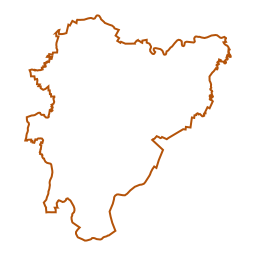 outline of Jamapa, Veracruz, Mexico
{"feature_id": "50627088B37468936058188", "entity_name": "Jamapa", "entity_type": "district", "adm_level": 2, "iso_a3": "MEX", "parent_name": "Mexico", "parent_adm1": "Veracruz", "projection": "orthographic", "projection_center": [-96.25, 18.99], "detail": "fine", "context": "isolated", "style": "outline", "palette": "amber", "viewbox_px": 256, "rotation_deg": 0, "n_neighbors": 0, "source": "geoboundaries", "source_scale": "gbopen_adm2", "svg_char_len": 5571}
<svg xmlns="http://www.w3.org/2000/svg" viewBox="0 0 256 256"><path d="M100.2,239.5L101.6,239.1L103.3,237.4L104.1,237.0L106.7,236.3L107.6,235.6L108.7,235.5L115.4,230.8L112.3,222.9L110.6,216.6L109.6,211.5L112.8,203.8L114.0,199.2L114.2,197.2L115.2,195.6L116.9,194.5L118.2,194.4L122.7,195.2L124.9,195.3L127.2,193.7L130.3,190.4L134.8,186.8L139.7,184.8L141.6,184.6L143.8,183.8L145.1,182.4L149.1,176.2L150.0,174.6L151.0,171.9L152.4,169.2L154.2,166.5L156.4,167.9L158.8,160.1L163.0,149.9L152.2,139.9L153.0,139.2L154.4,138.8L156.7,136.2L159.0,137.2L159.8,137.8L160.5,138.1L161.5,137.7L162.0,137.0L166.8,139.2L168.2,138.1L183.2,129.2L185.6,129.5L185.9,126.9L190.5,127.5L191.9,117.5L194.2,117.9L194.5,115.3L196.2,115.1L196.3,114.1L197.5,113.3L197.9,113.4L198.6,114.4L199.9,114.0L202.3,116.3L203.6,116.1L204.2,115.7L203.8,114.4L204.1,113.6L205.5,113.5L205.6,113.1L204.9,112.6L207.5,107.2L209.6,108.3L212.8,101.3L211.7,100.3L211.5,99.7L210.6,99.9L209.8,99.4L209.8,99.1L210.8,98.7L210.0,97.2L209.7,96.4L209.8,95.5L210.8,95.1L211.3,95.3L211.0,97.0L211.7,97.5L212.5,97.2L212.9,96.5L211.9,94.5L211.6,92.1L212.2,91.4L211.9,90.7L210.4,89.6L210.3,89.0L211.3,87.8L210.9,86.7L211.1,84.5L210.6,82.8L209.6,80.6L209.5,76.5L212.3,72.6L213.8,71.2L216.0,68.2L216.4,68.5L216.7,69.2L217.1,69.4L217.3,69.2L217.7,67.9L217.2,65.9L216.6,65.5L216.7,64.7L218.3,64.6L218.9,64.1L217.4,62.3L218.0,61.7L218.6,62.0L219.3,61.5L219.0,60.4L219.1,59.5L220.8,60.1L221.0,61.4L223.4,61.7L224.5,63.3L225.2,63.4L226.0,62.7L226.0,62.1L224.8,61.0L225.7,59.8L226.2,59.4L227.0,59.7L227.6,59.3L227.7,58.8L227.5,58.2L226.5,57.5L227.0,56.3L227.9,56.5L228.2,56.1L228.0,55.5L227.3,55.1L227.6,54.6L228.3,54.6L228.6,54.8L228.8,55.4L230.0,57.0L230.7,56.8L230.7,56.1L230.0,54.7L228.8,53.4L229.0,52.1L228.9,52.0L228.3,51.9L228.5,50.0L229.4,49.9L229.7,49.6L229.5,49.2L228.6,48.7L228.7,47.8L228.6,47.5L227.3,45.7L226.3,45.3L225.0,44.4L224.0,43.3L223.5,42.3L226.0,41.9L225.9,41.7L225.2,41.8L225.3,39.0L226.0,38.5L226.0,38.1L224.3,36.9L221.6,37.9L220.8,37.8L220.3,37.7L217.2,35.3L215.6,35.0L211.5,35.5L207.3,37.3L204.6,38.0L201.6,37.5L199.5,36.8L198.5,36.9L196.3,36.5L195.5,36.6L194.6,37.5L194.2,38.7L194.8,41.5L194.3,42.2L193.6,42.5L186.7,41.7L185.5,42.1L184.8,42.7L184.2,45.6L183.4,46.1L182.4,45.8L181.9,44.7L181.7,41.3L180.2,40.1L178.5,39.8L177.1,40.5L174.5,43.4L172.1,46.5L170.5,47.6L169.8,48.5L168.2,50.5L166.6,51.4L166.1,53.8L165.6,54.5L164.6,54.7L163.9,54.4L162.5,50.9L161.4,49.8L160.3,49.1L155.7,48.1L154.2,48.3L153.8,48.8L153.7,49.9L154.2,50.9L155.2,52.0L154.6,53.1L154.1,53.8L153.5,54.0L152.8,53.9L152.0,53.4L150.3,51.3L150.1,49.5L151.0,47.3L151.0,46.5L149.5,43.7L146.7,42.6L146.7,39.8L142.4,40.6L142.2,42.8L141.1,42.3L139.3,40.9L138.0,40.7L137.9,40.1L136.6,40.8L134.5,43.4L134.6,43.6L125.4,43.7L121.0,41.8L120.4,42.8L117.3,40.9L119.1,38.1L115.6,35.6L118.8,29.9L114.5,28.4L113.9,27.1L112.1,25.6L109.3,24.7L104.8,22.9L104.0,21.9L101.3,19.5L100.9,19.0L100.6,18.0L99.3,16.0L98.7,15.6L97.1,15.4L96.2,16.1L94.9,18.3L93.7,18.8L93.1,18.7L91.3,18.0L90.4,18.0L88.2,18.4L84.1,19.7L79.5,19.9L77.2,19.8L76.8,20.6L76.5,23.1L72.4,20.9L69.9,25.5L68.4,24.7L66.4,33.1L63.9,33.8L61.8,34.1L59.1,34.0L58.7,32.0L59.3,30.0L58.5,30.2L55.8,33.0L56.2,32.9L56.3,36.3L58.5,36.5L56.5,42.8L56.3,45.0L56.6,47.0L56.4,47.8L56.6,48.4L57.3,49.8L57.1,52.5L53.0,52.6L52.5,54.7L49.2,54.1L49.0,55.7L47.6,55.8L47.0,56.9L52.1,56.9L51.6,58.9L49.5,58.8L49.2,61.5L49.0,62.0L47.6,61.4L46.8,61.8L47.3,62.4L47.0,62.6L46.4,62.9L44.4,63.0L44.3,63.5L44.6,64.8L45.4,64.9L45.7,66.5L44.8,66.9L43.2,66.4L43.0,67.6L41.8,67.7L41.9,68.9L42.4,69.5L40.6,70.1L38.5,70.2L37.7,70.5L35.1,69.9L35.1,70.4L34.7,70.4L33.9,70.0L31.9,69.5L29.6,70.2L30.6,72.7L31.0,76.3L34.4,76.3L34.9,79.5L37.1,79.0L37.4,80.1L37.0,84.2L39.7,84.5L38.5,86.2L40.7,86.4L40.7,88.2L43.2,89.8L45.5,88.9L48.4,86.4L48.5,90.4L49.7,90.4L49.9,94.1L51.0,94.1L51.1,96.6L54.3,96.5L54.4,97.1L53.4,98.7L54.2,101.9L53.5,103.7L51.5,104.8L52.4,106.0L51.5,106.7L52.6,107.8L51.2,109.1L52.4,110.1L52.5,110.5L51.5,111.3L50.3,110.5L50.0,111.0L49.7,110.7L49.2,113.8L48.5,115.9L48.8,116.4L48.6,117.1L47.8,117.6L46.0,117.5L44.3,115.9L44.2,115.0L43.9,114.8L41.6,114.9L41.1,114.6L40.4,113.7L40.1,112.9L39.2,112.7L38.1,113.0L34.9,115.0L33.8,115.3L31.6,115.5L26.8,117.2L26.9,119.6L27.3,121.6L28.7,122.9L29.0,124.4L27.8,128.0L27.9,130.6L27.4,132.4L26.8,133.7L26.3,136.2L26.4,136.9L25.3,140.5L27.1,140.6L27.4,139.8L31.2,139.6L31.2,141.4L32.4,141.0L32.5,142.5L34.3,142.8L35.4,139.4L36.9,139.9L37.4,138.9L38.1,138.5L40.8,138.4L42.0,138.6L43.1,140.2L42.4,142.9L41.2,142.3L40.7,143.7L40.1,144.4L40.2,145.0L41.3,145.4L40.8,149.2L40.5,149.3L40.2,151.4L40.0,151.5L39.8,152.2L40.2,152.4L40.0,153.9L42.0,154.4L42.2,154.8L42.0,155.1L42.4,155.4L42.2,156.1L42.4,157.2L43.1,158.3L44.1,158.6L44.2,159.4L45.4,161.7L47.1,162.9L50.5,163.7L51.0,164.2L51.3,164.9L52.3,170.7L52.4,172.5L51.7,176.7L50.1,180.2L49.7,181.8L49.6,182.9L49.9,185.0L49.3,188.9L48.4,191.6L48.4,193.2L48.1,194.4L46.9,197.3L46.3,199.7L43.8,202.6L45.3,206.3L46.1,207.5L46.0,208.2L46.4,212.4L47.8,212.2L55.7,212.3L55.7,209.7L54.8,207.7L57.4,207.6L57.0,207.2L57.2,206.3L56.9,205.2L56.7,203.2L58.1,200.9L58.9,200.7L58.9,200.4L59.6,200.5L62.7,202.0L64.3,201.6L65.9,200.2L66.1,199.3L66.4,198.8L67.7,198.4L67.9,198.8L69.9,200.1L70.6,200.8L73.6,206.1L74.4,208.4L74.5,210.4L74.0,212.2L72.6,213.6L72.2,214.3L72.3,215.0L72.1,215.9L71.5,217.2L71.6,219.3L72.2,221.9L72.6,222.6L79.7,227.5L77.5,229.8L76.0,232.0L76.0,233.8L77.4,236.6L78.0,237.4L82.2,239.2L84.9,240.6L86.7,240.5L90.6,239.4L91.3,239.0L92.1,238.1L93.2,238.0L94.6,238.2L96.7,239.1L100.2,239.5Z" fill="none" stroke="#b45309" stroke-width="2"/></svg>